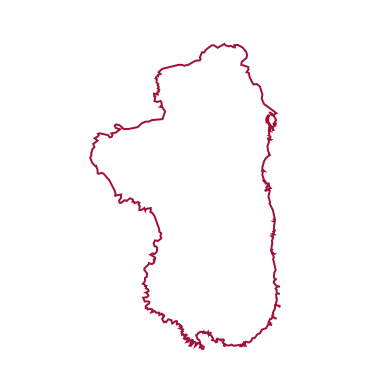 outline of Bataan, Bataan, Philippines, rotated 10°
{"feature_id": "2640588B97763445928490", "entity_name": "Bataan", "entity_type": "district", "adm_level": 2, "iso_a3": "PHL", "parent_name": "Philippines", "parent_adm1": "Bataan", "projection": "orthographic", "projection_center": [120.476, 14.665], "detail": "fine", "context": "isolated", "style": "outline", "palette": "rose", "viewbox_px": 384, "rotation_deg": 10, "n_neighbors": 0, "source": "geoboundaries", "source_scale": "gbopen_adm2", "svg_char_len": 6038}
<svg xmlns="http://www.w3.org/2000/svg" viewBox="0 0 384 384"><g transform="rotate(10 192 192)"><path d="M261.4,99.7L247.5,92.7L244.5,88.1L244.4,83.8L240.6,76.4L237.2,74.4L233.7,75.4L228.9,69.1L227.4,65.0L224.9,64.5L226.3,61.6L225.7,59.2L218.4,58.1L218.4,55.1L222.4,50.5L222.5,47.5L221.0,44.6L216.8,41.0L211.6,39.2L208.1,40.0L209.1,42.1L207.9,42.3L204.7,41.3L203.1,42.2L199.6,41.7L198.1,40.6L192.2,45.5L188.2,43.7L186.0,44.1L180.8,49.7L179.7,52.5L177.5,52.8L176.4,58.3L177.4,59.5L176.8,61.1L172.8,62.0L166.4,67.3L162.4,69.0L159.9,68.5L156.7,69.1L141.3,75.9L138.3,79.8L140.5,81.3L138.2,82.6L138.4,84.0L137.1,84.3L136.4,86.6L137.7,86.8L138.1,90.2L140.1,91.7L139.5,92.8L141.0,94.3L140.3,95.9L141.9,96.8L141.2,97.7L142.0,98.8L140.6,99.8L141.3,101.9L137.6,101.7L138.2,104.4L139.3,104.2L139.3,109.0L142.2,109.4L145.2,107.8L146.1,108.5L147.3,111.9L146.6,112.5L147.3,113.0L146.4,113.6L148.0,113.6L151.5,117.4L150.3,125.3L139.9,128.2L137.6,130.0L133.5,131.0L130.2,133.5L127.3,137.5L118.8,140.9L113.8,141.8L109.1,138.8L105.6,138.6L104.4,139.9L106.0,142.3L110.3,142.7L106.7,146.7L102.4,148.3L103.8,149.8L103.3,151.6L101.4,152.6L99.7,150.6L91.0,150.2L89.3,151.0L90.3,152.4L89.7,153.6L86.8,155.9L90.1,157.9L86.4,161.8L88.0,164.6L86.5,167.3L86.0,171.4L86.6,173.3L85.8,175.9L88.6,180.6L92.5,183.4L93.1,183.0L95.4,187.3L95.7,189.7L96.8,190.3L99.7,188.9L101.5,189.2L108.4,194.6L115.8,204.4L117.0,206.9L116.9,209.8L117.3,208.8L122.7,206.8L123.0,210.4L121.7,213.0L122.6,215.2L124.0,215.1L127.1,211.7L129.1,212.2L131.9,209.1L133.1,209.1L135.0,209.7L135.7,211.1L135.2,211.8L136.9,211.9L137.3,213.0L140.5,211.3L142.1,211.7L141.5,213.8L143.0,214.9L143.3,219.0L145.9,218.2L147.8,216.1L149.3,218.5L149.7,216.6L154.2,215.0L154.7,219.2L156.2,219.2L159.2,222.1L166.2,234.4L166.7,236.9L168.8,237.8L168.6,241.0L169.7,242.4L169.4,243.5L167.0,246.1L164.0,246.1L163.1,249.2L164.6,252.0L166.1,251.8L167.4,253.1L167.7,256.7L166.4,259.2L165.1,259.7L164.4,259.1L161.9,261.0L167.1,262.9L167.3,264.2L166.4,264.8L166.9,265.6L166.2,265.8L167.1,267.7L165.2,270.0L161.9,269.5L162.0,270.8L158.4,275.3L158.6,277.0L162.0,280.1L162.2,283.4L160.7,284.8L161.1,288.1L159.6,291.0L161.6,291.4L162.0,292.7L163.4,292.5L163.2,294.8L165.8,295.6L166.4,297.3L164.0,299.1L165.1,299.2L167.1,301.7L166.0,303.4L162.2,304.6L164.5,308.0L168.1,307.3L169.2,307.9L169.2,309.1L166.3,312.2L166.6,314.4L168.1,314.0L168.7,315.3L170.8,314.4L173.2,314.5L173.8,315.0L172.9,317.5L176.0,315.8L177.7,317.1L180.8,316.5L181.2,318.8L183.2,317.2L184.5,318.6L184.4,317.6L185.4,317.9L186.2,319.0L184.6,322.1L186.9,325.2L188.3,324.3L189.1,324.7L190.7,321.5L193.9,321.8L195.4,324.9L198.5,321.9L199.7,322.0L200.1,325.0L202.0,324.3L203.3,324.9L203.3,326.3L204.5,325.7L205.4,326.5L204.7,327.1L205.2,328.0L204.2,328.5L207.0,328.9L206.4,330.1L207.1,330.8L205.9,331.5L206.3,333.0L205.7,333.5L207.0,333.2L207.1,334.2L207.8,333.6L208.9,334.8L210.6,333.3L211.6,333.7L209.4,337.7L211.1,338.3L213.0,336.3L214.5,336.6L212.7,340.7L214.3,340.0L215.3,338.3L216.4,338.8L217.4,337.5L218.7,337.8L218.5,339.7L216.9,341.0L217.9,341.4L216.3,343.7L217.4,343.8L220.1,339.5L221.3,339.2L222.2,339.9L221.9,343.1L223.5,341.0L223.3,340.0L225.0,339.6L227.1,341.2L226.8,343.6L227.6,343.2L229.1,344.8L230.4,344.6L230.5,342.5L226.9,340.6L225.0,336.6L223.1,335.9L220.9,332.3L222.1,331.4L222.5,329.5L222.4,330.3L224.3,328.4L226.8,327.9L227.1,328.5L227.8,327.4L228.3,328.2L228.9,327.6L228.5,328.7L229.6,328.7L230.0,327.8L231.4,328.4L232.0,327.3L232.4,329.7L232.5,328.0L233.0,329.1L233.1,328.1L234.2,328.1L234.8,326.6L234.8,329.8L236.3,330.3L238.2,333.1L237.6,334.3L240.2,334.5L241.7,335.9L242.9,335.0L241.9,332.9L242.3,332.0L245.9,332.9L245.6,332.4L248.6,331.8L249.2,332.6L248.5,335.0L250.2,335.9L250.0,337.7L251.7,338.2L250.3,337.6L250.3,335.9L253.3,337.0L256.2,336.4L257.2,335.4L259.7,336.2L264.3,334.7L267.2,335.5L268.0,335.0L266.8,333.9L267.6,333.7L267.7,334.4L268.2,334.3L268.4,334.2L267.6,333.6L268.7,333.0L269.1,331.1L270.3,331.9L270.6,334.2L271.4,334.1L270.9,333.4L271.4,333.2L271.6,333.2L270.9,333.4L270.2,331.4L270.7,330.2L274.2,330.3L276.3,328.2L276.8,325.6L279.0,325.0L281.2,320.7L283.4,319.4L284.8,315.4L288.7,313.2L290.0,309.1L291.3,309.1L290.0,308.2L293.0,308.7L293.2,307.7L292.9,308.6L291.7,308.4L291.9,307.2L290.0,306.9L291.0,303.3L292.3,303.2L293.0,301.2L293.6,301.2L295.7,301.9L296.4,302.0L296.4,301.9L293.8,301.0L293.0,301.1L292.4,299.6L293.4,298.5L292.6,296.9L293.9,292.3L293.5,289.0L298.1,289.0L298.1,290.2L298.2,290.6L298.1,289.0L293.8,288.7L294.4,283.6L293.6,281.9L294.7,281.5L293.6,281.7L292.6,278.3L293.5,277.1L296.3,277.0L293.0,277.0L292.3,273.5L291.1,272.7L292.6,270.1L295.1,270.0L291.1,269.7L288.2,267.0L288.2,265.7L289.7,263.4L288.3,263.0L287.3,261.1L287.1,256.8L288.0,254.4L283.5,243.8L283.9,242.1L282.6,239.6L283.6,238.8L281.5,238.8L281.0,237.7L281.6,237.4L280.5,236.8L280.9,235.0L280.0,235.2L279.9,227.8L279.1,226.3L279.9,222.8L278.2,221.8L279.2,221.5L279.0,220.1L279.8,219.8L278.5,219.5L279.9,218.8L279.0,217.2L279.8,217.2L280.2,215.5L279.5,215.6L278.9,213.5L278.6,207.1L277.5,206.8L278.7,206.4L278.6,205.0L277.4,204.4L278.0,203.6L274.8,195.8L270.3,189.8L270.8,188.8L268.1,183.3L268.4,177.3L266.9,176.4L264.4,178.0L264.0,177.6L268.8,174.6L267.0,173.3L266.3,171.0L265.7,171.6L264.8,174.8L264.5,174.8L265.9,170.4L263.8,170.6L262.8,169.4L262.7,170.3L260.2,168.2L260.9,167.7L258.3,162.9L258.2,159.2L256.3,158.9L259.4,158.8L257.7,157.8L257.0,155.8L257.6,149.2L259.2,145.2L261.5,142.9L261.2,141.7L262.0,141.7L259.7,138.2L258.3,133.5L259.1,129.1L258.6,128.0L260.1,127.0L258.0,127.0L257.5,126.0L259.7,125.6L259.6,123.8L257.7,123.0L258.2,122.5L257.2,118.8L257.9,118.7L256.9,118.3L257.0,117.6L258.3,117.8L258.2,116.7L257.7,115.8L255.9,116.0L257.7,115.2L255.0,110.4L254.0,110.5L254.5,109.8L253.1,109.4L253.5,108.4L252.5,108.1L252.5,106.5L253.6,103.3L255.7,103.8L254.5,103.7L254.2,104.8L254.9,109.6L259.7,114.6L260.9,117.0L261.5,116.7L260.0,114.4L260.9,113.8L260.9,112.0L262.5,112.2L262.6,110.0L260.8,110.1L262.4,106.7L259.6,103.0L256.6,102.0L254.2,99.9L259.1,101.9L261.4,99.7Z" fill="none" stroke="#9f1239" stroke-width="2"/></g></svg>